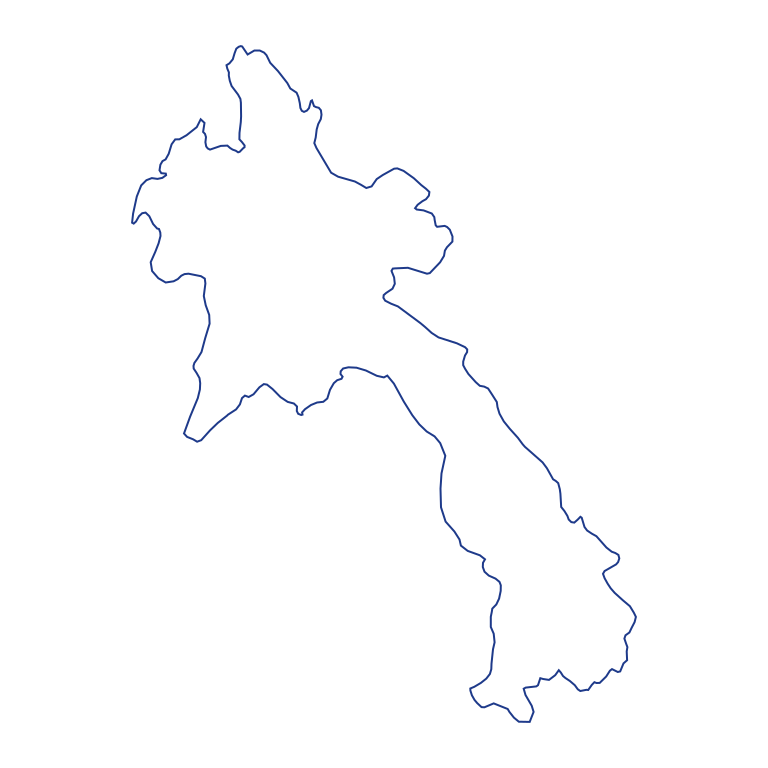 outline of Laos
{"feature_id": "LAO", "entity_name": "Laos", "entity_type": "country or territory", "adm_level": 0, "iso_a3": "LAO", "parent_name": "Asia", "parent_adm1": "", "projection": "natural_earth1", "projection_center": [103.796, 18.208], "detail": "fine", "context": "isolated", "style": "outline", "palette": "blue", "viewbox_px": 768, "rotation_deg": 0, "n_neighbors": 0, "source": "natural_earth", "source_scale": "50m", "svg_char_len": 4780}
<svg xmlns="http://www.w3.org/2000/svg" viewBox="0 0 768 768"><path d="M266.5,55.2L270.2,62.8L278.0,71.1L287.3,83.0L290.3,88.5L296.6,92.7L298.4,96.9L299.8,103.2L300.4,108.0L301.8,110.8L304.0,111.9L306.9,110.6L309.0,108.1L310.9,101.1L312.0,100.4L314.0,106.1L316.0,107.1L318.8,107.8L320.9,110.3L321.5,114.7L320.8,119.1L318.2,124.1L316.7,129.4L315.7,137.5L314.3,143.1L316.5,148.1L331.1,172.7L338.1,176.7L354.9,181.5L361.0,184.8L366.3,188.0L371.6,186.4L376.7,179.1L382.8,175.0L394.1,168.7L397.3,168.4L403.6,170.9L413.8,178.2L421.3,185.1L425.9,188.7L429.4,192.0L428.9,195.6L426.0,199.2L422.4,201.2L417.7,204.7L415.1,208.2L416.7,209.5L423.6,210.4L431.8,213.5L434.3,217.1L434.7,220.2L435.7,225.3L437.1,226.8L444.7,225.9L447.1,227.0L449.8,229.7L452.5,236.5L452.4,241.6L447.0,247.2L444.9,250.6L444.0,255.9L440.1,262.3L429.8,273.1L427.0,273.7L407.9,267.8L399.1,268.2L394.8,268.4L392.8,268.6L391.5,270.9L394.1,277.4L394.8,283.8L392.5,288.7L386.1,293.0L383.7,295.1L383.4,297.8L385.2,300.7L391.1,303.7L397.9,306.4L420.4,323.1L425.2,327.1L431.6,332.9L438.5,337.4L456.9,343.3L465.1,347.2L467.2,349.4L467.1,352.1L465.0,355.5L463.2,361.6L463.2,365.2L465.1,368.8L468.4,374.0L475.7,382.1L479.8,385.8L484.2,386.6L488.1,388.5L492.1,394.6L496.8,402.0L497.5,407.1L499.5,413.7L503.8,421.4L509.7,428.7L517.9,437.8L522.7,444.3L524.9,446.8L542.6,462.4L546.9,468.2L553.1,479.3L555.7,480.9L558.2,483.1L559.8,489.2L560.4,493.6L561.2,507.0L564.4,511.0L567.4,515.9L568.7,519.5L571.3,522.1L574.3,522.6L577.7,519.6L580.4,516.8L581.7,517.7L584.5,527.0L587.1,530.5L591.9,533.7L596.4,536.2L606.4,547.5L611.7,551.7L615.3,553.0L618.4,554.9L619.3,558.4L618.1,562.1L616.1,564.4L604.6,571.0L603.0,573.8L604.6,578.2L607.6,583.6L610.7,588.3L614.7,592.9L622.9,600.3L629.9,606.2L633.8,612.6L635.9,616.9L634.6,622.1L631.7,627.7L629.4,632.5L625.5,635.3L624.4,638.6L626.1,643.6L627.4,647.1L626.7,651.4L627.1,660.2L623.5,663.4L620.2,671.4L617.8,672.0L612.0,669.1L609.9,670.7L606.2,676.5L599.7,682.9L596.5,683.0L594.4,682.2L591.8,684.9L588.2,690.0L586.5,689.8L580.3,691.0L577.8,689.3L574.8,685.2L569.9,681.0L565.4,678.0L563.0,676.0L560.8,672.5L558.8,670.2L555.2,675.2L549.0,679.9L543.1,679.0L540.3,678.2L538.0,685.2L536.3,686.4L525.7,687.6L523.7,688.7L525.5,695.0L531.7,705.7L533.6,711.9L529.7,721.9L518.8,721.7L513.9,717.6L509.4,711.9L507.7,709.0L493.7,703.4L484.4,707.3L481.5,707.1L477.1,703.0L474.5,699.9L471.9,695.3L470.4,690.6L470.3,688.5L474.3,686.8L480.9,682.9L486.3,678.6L489.9,674.0L491.3,669.2L491.5,663.7L493.0,649.3L494.6,642.3L493.7,633.7L490.8,627.0L490.8,616.8L491.8,611.8L492.3,608.6L496.3,604.5L499.1,598.6L500.7,590.9L500.8,585.3L499.5,581.9L495.5,578.6L488.8,575.6L484.5,571.7L482.8,567.0L483.0,562.8L485.0,559.3L479.9,555.3L467.7,550.9L460.9,545.6L459.5,539.5L454.4,531.5L445.6,521.6L441.0,507.3L440.5,488.6L441.5,473.4L445.3,455.8L440.2,443.1L434.6,436.4L426.7,431.5L419.3,424.4L412.3,415.2L403.8,401.6L393.9,383.6L387.3,375.6L383.9,377.4L376.8,375.8L365.9,370.5L356.5,367.7L348.4,367.3L343.1,368.5L340.7,371.3L340.5,374.0L342.6,376.7L341.5,378.8L337.2,380.2L333.8,383.2L330.0,389.8L327.3,398.5L323.3,401.8L317.1,402.5L311.0,405.0L305.0,409.2L302.1,412.4L302.5,414.6L301.2,415.0L298.2,413.8L296.8,411.0L297.0,406.5L293.9,403.5L287.7,401.9L280.5,397.1L272.5,389.0L267.0,384.6L263.8,384.1L259.4,387.3L253.5,394.3L248.7,397.0L244.9,395.6L242.0,398.1L239.9,404.4L236.1,409.4L227.8,414.8L227.2,415.5L217.8,422.9L210.1,430.3L201.2,440.2L197.1,441.7L193.1,439.3L187.1,436.9L184.0,433.5L190.1,416.7L197.8,398.1L199.9,389.5L200.2,383.2L199.5,378.1L196.5,372.8L193.7,368.6L193.5,365.9L194.4,362.9L197.5,358.6L201.5,352.0L205.2,338.2L209.6,323.7L209.2,314.9L205.7,305.2L203.8,296.0L205.4,283.5L204.8,278.6L201.0,276.2L188.5,273.7L184.5,274.1L181.3,275.7L177.8,279.1L173.6,281.3L165.7,282.5L158.3,278.2L152.1,271.0L150.7,262.2L155.3,251.8L158.6,243.3L160.5,236.0L160.3,232.6L159.0,229.0L157.1,228.5L153.1,224.0L149.3,216.2L145.6,212.6L142.2,213.2L139.0,216.2L136.0,221.5L133.7,223.6L132.1,222.7L132.6,218.0L133.1,213.6L136.8,196.5L141.2,185.4L146.4,180.2L151.8,178.1L157.5,178.9L162.3,177.9L166.1,175.2L165.8,173.6L161.3,173.2L159.5,170.3L160.4,164.7L162.5,161.1L165.6,159.4L168.7,153.8L171.6,144.3L175.2,139.4L179.4,139.3L186.6,135.2L196.8,127.1L200.7,119.3L204.5,122.9L203.1,131.9L205.0,133.9L206.0,137.1L205.4,142.2L206.2,146.5L207.8,148.5L210.0,149.6L220.8,145.9L227.4,145.6L230.1,148.0L232.6,149.6L235.7,150.7L238.1,152.3L239.7,151.8L243.4,148.0L244.5,147.3L244.6,145.5L242.0,142.1L239.4,139.3L239.5,132.9L240.8,122.0L241.1,116.3L240.9,102.7L240.4,98.9L238.0,94.5L231.6,86.0L229.8,80.8L228.8,75.6L228.9,72.4L227.3,68.6L226.5,65.2L229.4,63.4L232.8,59.3L234.6,53.2L236.3,48.7L238.7,46.8L240.8,46.1L242.2,46.5L247.6,54.5L254.4,50.5L259.7,50.5L264.1,52.6L266.5,55.2Z" fill="none" stroke="#1e3a8a" stroke-width="2"/></svg>